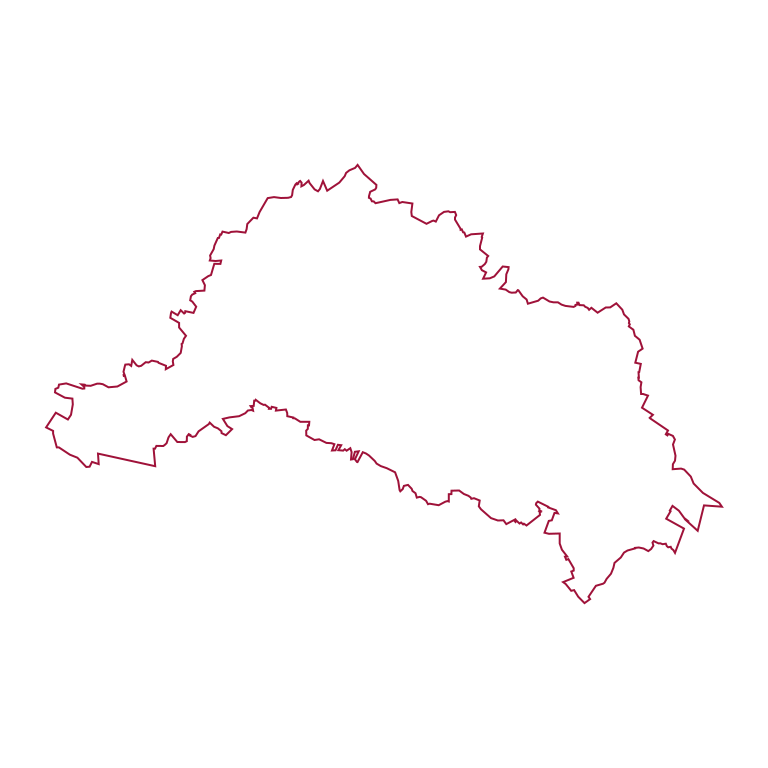 Chinú, Córdoba, Colombia
{"feature_id": "7082276B5619967708975", "entity_name": "Chinú", "entity_type": "district", "adm_level": 2, "iso_a3": "COL", "parent_name": "Colombia", "parent_adm1": "Córdoba", "projection": "albers", "projection_center": [-75.355, 9.022], "detail": "fine", "context": "isolated", "style": "outline", "palette": "rose", "viewbox_px": 768, "rotation_deg": 0, "n_neighbors": 0, "source": "geoboundaries", "source_scale": "gbopen_adm2", "svg_char_len": 6096}
<svg xmlns="http://www.w3.org/2000/svg" viewBox="0 0 768 768"><path d="M616.3,303.3L610.2,307.4L605.7,307.5L597.6,312.7L591.4,307.8L589.1,309.8L587.7,307.9L585.2,306.8L583.8,305.3L579.5,305.1L578.5,302.7L577.2,302.7L577.4,304.6L575.5,304.9L575.4,306.0L573.6,306.9L565.4,305.9L561.5,304.6L557.9,302.3L553.4,302.3L549.5,301.5L543.0,297.6L540.7,298.4L538.2,300.7L527.9,303.7L526.6,299.5L522.7,296.3L518.4,290.3L517.8,290.1L515.8,292.5L511.6,292.7L509.3,292.1L505.7,289.6L499.9,288.6L505.9,282.1L506.3,274.3L508.4,269.3L508.6,267.1L502.7,266.5L494.3,276.4L489.8,278.3L483.1,278.7L486.1,272.4L481.9,270.2L480.0,266.9L481.6,266.8L484.8,264.1L486.3,261.8L486.9,257.6L488.2,256.0L480.0,249.4L480.0,246.1L482.2,237.6L481.7,237.0L482.9,233.5L471.1,234.3L466.0,236.6L464.3,232.5L463.1,232.3L461.8,229.4L460.6,229.8L460.5,228.7L455.0,219.6L455.0,217.5L456.2,215.1L454.9,211.9L450.2,212.2L448.4,211.3L444.0,211.9L439.0,215.3L435.8,221.6L433.6,220.6L432.3,220.9L426.5,223.8L411.8,216.0L411.3,212.0L412.4,203.5L402.3,202.0L399.3,203.1L397.6,199.4L390.4,199.9L375.5,203.2L373.7,201.4L371.9,201.3L370.6,198.6L368.9,197.8L369.0,196.1L370.2,191.8L375.2,189.4L376.2,187.8L376.4,184.9L364.0,174.0L357.6,164.9L355.1,167.9L349.4,170.3L346.1,172.9L344.7,176.2L339.3,182.6L327.2,190.7L323.0,181.0L319.9,189.0L318.0,191.3L314.6,189.4L309.6,183.1L308.6,180.7L303.9,185.0L301.4,186.3L301.6,182.7L299.6,180.3L299.9,181.0L297.7,183.3L298.1,183.8L297.1,184.4L296.5,183.4L295.4,184.5L292.8,189.9L292.1,195.2L291.1,197.0L288.1,197.8L280.9,198.0L274.0,197.1L267.7,198.1L259.6,212.0L257.0,218.4L253.4,217.7L247.3,224.0L246.6,229.2L245.4,232.6L236.8,231.5L231.1,231.9L228.8,233.0L222.5,231.6L221.2,234.6L220.2,234.4L219.0,237.9L217.8,238.0L214.4,245.6L213.7,249.1L210.1,255.5L210.6,258.1L209.8,260.5L215.7,261.0L221.2,260.5L220.4,263.9L214.3,263.8L211.0,275.0L208.3,276.1L202.4,280.1L204.9,285.2L204.4,290.6L195.9,291.1L194.3,291.8L195.2,293.2L192.2,294.6L190.9,296.3L190.2,300.3L192.3,301.6L196.2,306.7L193.5,312.9L185.3,311.2L185.1,312.8L184.1,313.5L180.7,310.2L177.7,315.2L171.6,311.6L171.0,313.1L170.3,317.8L179.1,322.9L179.1,327.5L186.0,335.8L183.9,338.8L182.5,343.4L181.6,344.0L181.9,346.2L180.7,352.9L176.8,356.8L173.2,358.9L172.8,361.3L173.4,365.0L165.8,369.2L166.0,365.8L158.5,362.8L158.0,361.9L151.8,360.6L148.6,362.5L145.7,362.2L141.2,365.8L138.8,366.4L136.6,365.3L132.3,359.9L131.2,365.9L129.0,364.3L125.3,364.6L124.8,366.3L123.5,371.8L124.5,374.7L123.6,375.0L123.8,375.9L124.9,375.6L126.6,381.5L117.4,386.5L108.5,387.3L102.8,384.2L100.0,383.7L97.0,383.7L90.7,385.8L85.9,385.6L84.8,384.7L81.5,384.4L84.3,386.9L84.3,388.5L82.4,388.7L66.2,383.4L59.0,384.6L58.3,387.7L55.4,388.9L55.0,392.4L64.9,397.7L72.4,398.6L72.8,404.4L71.0,414.8L67.9,419.5L55.8,412.7L46.1,427.4L53.1,430.9L53.1,433.6L56.8,447.4L58.9,447.4L69.9,454.7L77.4,457.7L86.3,467.0L89.6,466.7L92.0,461.9L98.7,464.1L98.0,453.6L155.2,466.2L153.6,448.7L155.0,448.7L156.4,445.9L163.3,446.0L164.9,444.8L166.6,443.2L168.5,437.4L170.7,434.2L177.3,442.0L184.9,442.1L186.8,441.2L186.9,436.6L188.8,434.1L190.2,434.9L189.8,435.5L192.7,436.9L195.5,436.1L198.6,431.3L208.8,424.1L209.7,422.6L214.1,426.8L217.8,428.3L221.4,431.2L221.6,433.1L225.9,435.2L232.1,429.1L227.4,426.1L222.9,418.9L229.4,417.4L239.1,416.2L245.3,413.2L247.9,410.5L251.4,410.0L253.1,410.7L252.4,407.1L251.4,407.3L250.6,406.1L253.7,405.9L254.2,400.7L255.3,400.7L255.7,399.8L260.3,403.3L263.6,404.9L265.0,404.7L269.1,407.8L268.9,408.8L271.1,408.8L271.7,406.8L276.4,407.9L275.9,410.6L285.9,409.5L287.2,413.0L287.3,416.2L293.3,417.5L293.2,418.2L294.9,418.4L300.3,421.8L309.3,421.8L309.0,425.4L307.9,425.3L307.8,428.9L306.2,430.6L306.3,435.4L314.5,440.0L319.1,439.3L326.4,442.9L331.4,443.2L334.4,444.2L332.0,450.5L335.5,450.3L337.9,444.8L341.2,445.2L338.4,450.2L343.2,450.6L344.8,449.2L346.6,450.7L350.3,448.2L351.6,452.1L351.0,459.5L352.9,459.2L354.9,451.8L358.7,451.3L354.9,459.3L357.0,462.0L357.5,462.1L362.8,452.2L366.0,453.5L369.0,455.5L374.8,461.0L376.6,463.6L380.8,466.1L386.8,468.2L395.1,472.3L398.2,480.9L399.6,490.1L400.3,491.3L402.7,489.1L403.9,485.9L408.0,484.9L411.7,488.8L412.5,491.0L415.5,493.2L416.8,497.6L419.6,496.9L421.0,497.2L426.1,500.8L428.0,504.2L429.7,503.7L438.7,505.2L445.3,501.7L447.4,501.1L448.8,501.5L448.8,494.2L451.4,494.1L451.5,490.7L459.1,490.5L463.9,494.0L468.4,495.8L470.7,497.5L471.3,498.8L474.0,498.2L479.7,500.5L478.8,506.3L479.3,507.0L481.0,509.3L491.0,518.1L497.9,520.5L503.5,520.3L506.3,524.1L515.4,519.3L515.8,519.9L514.6,521.0L515.5,522.0L516.5,520.7L519.5,523.5L521.1,522.5L523.1,524.4L523.9,523.7L526.5,525.5L540.0,514.9L539.7,512.4L540.6,511.9L539.6,511.4L540.4,510.9L539.3,510.4L539.5,508.7L535.9,504.7L536.2,503.2L537.8,501.6L548.3,506.8L548.1,507.4L555.9,510.2L557.9,513.4L554.5,512.9L551.8,520.3L548.8,520.9L544.5,532.7L548.9,533.8L559.7,533.5L559.7,543.5L561.9,549.7L567.2,556.5L565.0,556.7L566.3,559.8L568.4,559.1L573.7,568.2L573.7,570.6L571.3,571.5L573.6,577.8L563.1,582.1L565.7,584.0L571.2,590.8L574.1,590.1L578.2,596.7L584.5,603.1L590.1,599.1L588.5,596.8L595.9,585.8L603.1,583.7L604.5,582.7L606.6,578.9L611.0,573.7L613.4,567.8L614.5,562.9L620.8,557.5L624.0,552.6L627.5,550.5L635.1,548.4L635.0,547.9L638.8,547.5L643.6,548.5L648.3,551.1L651.1,549.0L653.4,545.6L652.5,542.6L653.6,541.1L658.6,543.4L660.3,543.3L662.6,544.2L665.8,543.7L666.8,546.1L668.2,547.3L670.7,546.8L671.5,548.6L673.4,550.1L675.0,552.9L684.0,528.6L666.2,518.7L670.6,511.2L669.8,510.6L672.5,505.9L678.9,510.7L684.2,518.0L687.1,520.3L686.1,520.3L697.7,530.8L704.0,505.4L721.9,506.7L719.3,502.9L702.9,492.9L693.6,483.5L690.8,476.6L684.2,469.6L681.1,468.6L672.7,469.2L672.9,464.2L675.0,460.7L675.5,455.7L673.0,444.5L674.9,439.5L672.9,435.9L668.4,433.9L667.4,435.4L665.8,434.3L668.0,430.5L650.2,418.4L649.7,417.9L652.9,414.8L642.0,407.7L648.0,395.6L643.1,394.0L641.1,394.0L640.6,387.1L641.4,382.3L638.6,380.3L638.3,377.7L638.9,377.7L638.5,372.2L639.2,372.1L640.8,363.9L635.3,362.7L638.1,351.7L642.6,348.6L639.6,339.7L634.9,335.8L633.4,329.8L628.8,326.4L629.8,324.3L628.9,323.1L629.3,321.4L628.5,318.8L624.0,314.4L622.3,309.7L616.3,303.3Z" fill="none" stroke="#9f1239" stroke-width="2"/></svg>